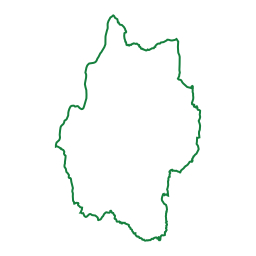 Filadelfia, Caldas, Colombia (Equal Earth projection)
{"feature_id": "7082276B92854280853001", "entity_name": "Filadelfia", "entity_type": "district", "adm_level": 2, "iso_a3": "COL", "parent_name": "Colombia", "parent_adm1": "Caldas", "projection": "equal_earth", "projection_center": [-75.566, 5.29], "detail": "fine", "context": "isolated", "style": "outline", "palette": "green", "viewbox_px": 256, "rotation_deg": 0, "n_neighbors": 0, "source": "geoboundaries", "source_scale": "gbopen_adm2", "svg_char_len": 5817}
<svg xmlns="http://www.w3.org/2000/svg" viewBox="0 0 256 256"><path d="M177.9,78.7L179.2,76.1L179.3,74.5L179.6,73.6L179.8,72.5L179.4,70.2L179.6,64.4L179.7,56.9L179.3,55.1L178.3,52.8L178.2,51.9L177.9,47.0L178.2,41.6L176.5,39.0L175.0,39.9L172.0,40.5L170.7,40.4L168.7,39.8L167.3,39.7L166.7,40.4L163.6,42.1L160.9,42.5L159.9,43.6L158.2,43.6L157.2,44.1L155.6,45.6L155.4,46.0L155.3,46.9L154.4,47.1L153.8,48.2L152.1,48.3L149.0,50.0L148.2,49.9L147.7,49.5L146.6,50.4L145.8,50.4L144.0,49.6L143.3,49.5L142.9,49.0L142.4,49.0L142.0,48.6L141.3,48.8L141.0,48.5L140.3,47.0L139.5,46.8L139.2,46.5L139.1,46.1L139.2,45.4L139.1,45.0L137.7,44.5L136.8,43.6L135.7,43.9L134.5,43.5L133.5,43.4L132.8,43.9L132.2,43.9L131.2,44.9L130.2,44.7L129.5,45.5L129.1,45.6L128.4,44.9L127.2,45.2L126.5,44.8L126.1,42.6L125.9,42.0L125.3,41.7L125.2,40.5L124.5,38.5L124.2,36.0L124.4,33.2L124.9,32.8L126.0,32.4L126.2,31.9L125.8,30.7L125.4,30.3L125.0,28.8L123.9,27.0L121.9,25.0L120.1,24.7L119.6,24.4L118.6,22.4L117.9,22.4L117.6,20.4L117.3,19.2L115.0,17.8L114.2,16.2L113.5,15.5L113.2,15.4L112.1,16.4L110.4,17.5L108.4,21.2L107.7,23.4L107.6,25.1L107.7,27.1L107.6,28.6L107.0,30.3L105.8,35.0L105.5,36.7L105.4,44.3L104.3,47.2L101.1,52.5L100.3,53.3L98.6,56.8L97.4,58.6L96.6,60.6L95.6,61.9L94.6,62.5L93.3,62.9L89.2,63.5L88.3,64.3L87.4,65.3L87.0,66.1L86.4,67.7L85.4,72.6L86.1,74.3L86.2,75.5L86.1,77.5L85.1,82.7L84.9,84.2L85.5,87.2L86.3,90.1L86.5,94.8L86.4,98.3L84.0,106.6L83.3,108.3L82.4,109.0L81.4,109.1L79.6,108.0L78.2,106.4L77.4,106.1L75.1,106.6L73.9,105.7L72.8,105.7L71.4,105.9L70.5,106.6L69.4,108.7L68.7,110.8L68.3,112.7L68.2,115.5L67.0,118.3L66.6,119.2L66.1,119.7L64.8,120.5L64.5,120.8L64.0,122.8L63.2,124.2L62.4,124.8L61.2,126.0L60.6,127.2L60.1,130.3L59.7,134.8L60.0,137.4L59.8,138.7L59.2,140.1L56.6,142.5L56.3,143.3L55.9,145.0L55.9,146.6L56.6,146.3L57.5,146.5L59.5,147.6L60.5,148.5L60.6,148.2L61.2,148.5L62.2,149.6L63.3,150.0L63.9,150.9L64.3,151.9L64.0,153.3L64.1,154.0L64.7,155.1L65.2,155.3L65.6,155.8L65.5,157.8L64.9,162.2L65.0,163.1L64.5,165.1L64.5,166.8L65.8,168.8L66.4,171.9L67.7,173.2L68.9,175.0L68.9,175.5L68.7,177.2L68.9,177.7L69.4,178.0L70.4,178.1L70.8,178.6L71.0,179.4L71.3,181.7L72.9,188.1L72.4,190.2L72.3,191.6L72.7,192.6L72.9,193.8L72.8,196.3L73.1,200.8L74.0,202.1L74.2,203.7L74.6,203.7L75.3,203.1L76.5,202.8L78.1,203.0L78.4,203.4L78.0,204.8L78.2,205.3L78.6,205.7L79.5,206.3L80.2,207.2L82.1,207.6L81.9,209.6L81.6,210.1L80.7,212.3L80.5,212.6L80.9,212.6L81.9,213.3L83.2,213.2L84.4,216.0L85.6,216.9L86.4,216.8L87.0,216.4L89.1,214.4L90.1,214.0L91.0,214.3L92.1,215.1L95.2,215.5L96.4,216.4L97.7,217.6L98.2,220.0L98.6,220.1L99.1,219.8L100.4,219.5L101.1,218.8L102.0,217.2L103.1,216.1L104.1,214.1L105.6,212.6L106.4,212.3L108.2,212.7L109.4,212.7L109.9,212.3L110.2,211.8L110.3,210.9L110.5,210.8L111.0,210.8L112.1,212.8L113.2,213.0L113.9,214.8L114.5,215.1L114.9,215.6L115.0,216.1L114.9,216.8L114.6,218.2L114.6,218.5L114.9,218.9L115.9,219.2L116.4,220.2L116.7,221.4L116.9,221.6L118.1,221.7L119.4,221.5L120.0,222.7L120.3,222.6L120.5,222.1L120.8,222.2L121.4,223.4L121.9,223.5L122.3,223.4L122.8,222.7L124.1,222.9L124.8,222.8L125.2,223.5L128.8,224.9L129.0,226.5L130.4,227.8L130.5,228.8L131.9,229.7L132.3,231.2L133.2,232.2L133.7,233.4L134.7,233.5L135.1,233.2L135.4,233.2L135.3,234.4L136.2,235.8L136.8,236.1L137.3,236.7L138.5,236.6L139.3,237.3L139.4,237.9L139.5,238.0L141.4,238.3L142.0,238.9L142.2,239.5L143.1,239.8L143.9,239.7L144.1,240.1L144.9,240.6L145.9,240.6L146.9,240.2L147.8,240.5L149.0,240.1L150.1,240.2L151.2,239.5L151.5,239.0L152.2,238.7L153.1,239.0L154.2,237.9L156.1,237.4L156.9,237.8L157.3,238.6L157.6,238.6L158.6,237.2L159.2,237.4L159.4,238.5L159.3,238.8L158.7,239.1L158.7,239.7L159.1,240.2L159.9,240.2L160.3,239.7L160.6,236.6L161.4,235.6L162.0,235.2L163.3,235.4L164.8,235.1L165.0,233.9L164.8,233.1L165.0,232.0L165.7,231.7L166.0,231.2L166.1,230.6L166.6,230.1L166.4,229.0L166.0,228.5L166.0,227.9L166.5,227.1L166.3,226.2L166.3,225.5L167.0,224.9L167.0,224.4L166.5,223.2L166.1,222.8L166.5,222.4L166.3,221.7L166.7,221.4L166.5,221.1L166.2,220.9L166.0,217.4L165.8,216.1L166.1,215.0L166.0,213.7L166.4,212.7L166.2,212.1L166.7,211.6L166.6,211.0L167.0,209.7L166.7,207.1L166.0,204.9L165.1,204.3L164.4,204.0L163.9,203.4L162.8,201.6L162.2,200.8L161.9,200.0L161.8,198.9L162.1,197.2L163.1,194.2L163.9,193.9L164.2,194.9L164.5,195.2L165.9,194.4L166.4,194.4L167.3,195.3L168.1,195.6L167.7,191.0L167.1,189.3L167.5,188.4L168.2,185.1L168.0,181.1L168.3,180.8L168.4,180.3L168.4,178.3L168.9,177.0L169.7,176.8L169.7,176.6L169.5,175.0L169.7,174.0L170.2,173.0L169.4,172.0L169.5,171.5L170.5,170.4L170.8,170.6L171.2,170.4L171.6,169.9L172.1,169.7L172.4,169.9L172.7,170.8L173.8,170.6L175.1,170.9L176.3,170.7L178.0,171.6L178.8,171.7L180.1,172.5L180.3,172.4L180.5,171.7L181.3,170.2L183.8,168.2L184.4,167.2L184.9,166.9L185.5,166.1L186.1,165.9L187.7,164.7L188.4,163.7L188.9,163.1L189.6,161.9L190.3,161.6L191.7,161.8L192.2,161.6L192.5,160.8L191.9,160.4L191.9,160.1L192.2,159.6L192.2,159.0L192.6,158.8L192.7,158.1L193.4,157.1L193.4,156.5L194.2,155.9L195.1,154.7L196.5,153.6L198.6,149.4L198.6,148.7L198.0,146.0L197.2,144.7L196.6,143.9L196.9,141.9L197.1,137.8L197.7,137.9L199.4,137.4L199.2,135.3L199.0,134.1L199.0,133.1L199.1,131.3L199.5,130.7L199.8,129.6L200.1,125.8L199.7,123.8L198.7,120.9L199.7,118.8L200.1,117.5L200.1,116.5L199.7,114.5L200.0,112.9L200.1,110.7L199.4,110.1L197.8,109.7L197.4,108.8L197.4,107.6L196.8,106.3L196.5,106.4L196.3,106.6L196.2,107.5L195.9,107.5L195.1,107.0L194.1,106.7L193.9,106.3L193.9,105.9L194.3,105.3L194.2,104.8L193.2,104.4L192.5,104.5L192.1,104.2L191.9,102.9L192.5,101.3L193.2,99.0L193.3,97.1L193.1,95.8L193.1,93.7L192.6,91.9L192.7,89.9L192.0,87.0L192.0,86.4L192.4,86.3L192.8,86.7L192.8,86.4L192.3,86.0L191.8,86.3L191.5,86.6L191.1,88.0L187.2,87.0L183.2,83.4L182.3,82.3L181.2,80.3L180.5,79.9L178.7,79.5L177.9,78.7Z" fill="none" stroke="#15803d" stroke-width="2"/></svg>